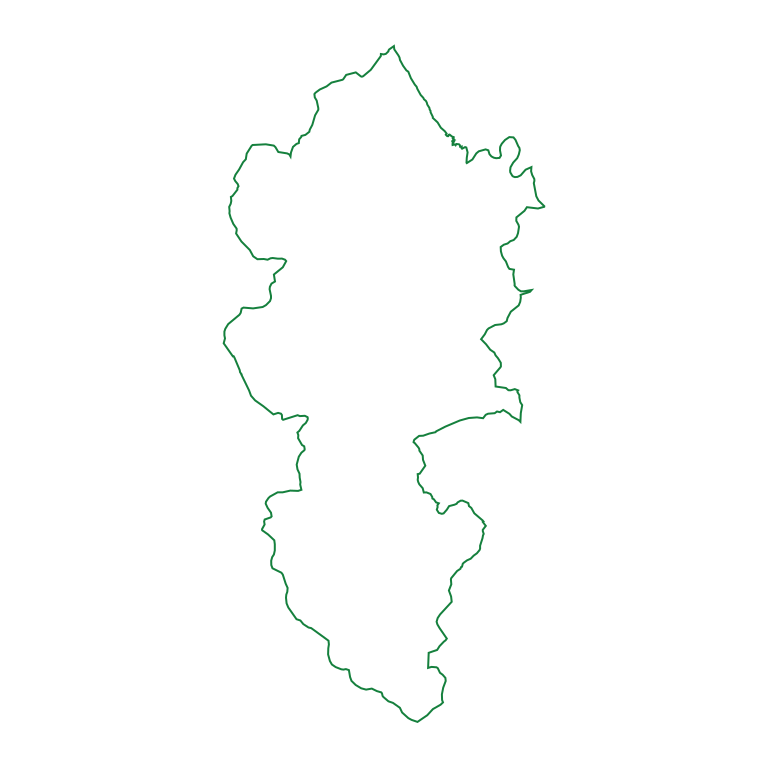 the district of Medias, Sibiu, Romania
{"feature_id": "2599482B70504511793246", "entity_name": "Medias", "entity_type": "district", "adm_level": 2, "iso_a3": "ROU", "parent_name": "Romania", "parent_adm1": "Sibiu", "projection": "mercator", "projection_center": [24.355, 46.136], "detail": "fine", "context": "isolated", "style": "outline", "palette": "green", "viewbox_px": 768, "rotation_deg": 0, "n_neighbors": 0, "source": "geoboundaries", "source_scale": "gbopen_adm2", "svg_char_len": 6091}
<svg xmlns="http://www.w3.org/2000/svg" viewBox="0 0 768 768"><path d="M443.0,702.4L442.1,700.1L441.9,694.4L443.2,687.7L445.7,681.0L445.4,677.9L442.6,674.7L440.0,672.8L437.8,668.2L436.5,667.3L431.5,666.9L428.1,667.9L428.7,652.8L437.2,649.9L439.5,646.2L443.9,641.6L445.6,640.3L446.8,638.6L439.7,628.3L437.4,624.4L436.6,621.7L437.7,618.0L440.1,614.4L451.7,601.8L451.1,596.5L448.9,590.5L451.3,584.3L450.9,579.3L451.2,578.2L457.1,571.0L460.4,568.8L461.0,567.2L462.0,566.7L462.8,563.7L463.8,562.7L467.1,560.3L470.7,558.7L473.7,555.6L476.9,553.3L479.6,550.0L480.1,548.6L480.1,545.7L482.5,538.2L483.0,535.4L483.7,533.9L482.8,531.1L482.8,529.8L485.8,525.9L482.8,522.0L483.5,521.5L482.6,520.4L474.3,513.3L471.3,507.9L469.0,506.1L468.3,503.1L462.5,500.6L460.6,500.7L457.6,502.4L456.6,503.8L454.5,504.7L449.1,506.1L446.9,509.6L443.6,513.4L441.8,513.8L438.8,512.9L436.8,509.7L437.6,507.1L437.4,505.3L438.8,503.3L436.1,502.4L433.9,499.3L432.4,498.5L432.2,496.9L430.5,494.0L426.5,492.4L423.8,492.5L422.7,488.2L419.3,484.3L418.2,481.9L417.7,479.9L418.0,477.5L417.7,474.1L419.7,473.7L425.3,465.7L423.0,459.8L422.7,455.5L419.4,450.7L419.3,449.1L418.5,447.6L414.7,443.0L413.6,442.3L413.7,441.4L414.3,439.7L419.1,435.9L423.2,435.7L429.5,433.5L435.5,432.2L436.2,431.3L445.4,426.6L459.8,420.5L468.8,418.0L477.0,417.4L483.1,418.2L485.7,414.8L488.1,413.7L494.7,413.2L497.0,411.5L500.0,412.2L503.2,409.9L509.4,413.8L511.8,416.5L518.8,420.2L520.4,421.8L520.8,413.1L522.2,405.1L520.3,402.2L519.4,397.6L519.4,395.3L517.4,392.0L517.4,391.3L518.1,390.4L514.8,389.1L510.6,390.3L508.4,390.2L505.9,388.0L495.6,386.5L495.3,379.2L493.7,375.2L500.5,367.2L500.9,366.4L500.8,362.8L497.9,358.1L495.6,355.4L494.3,352.5L490.2,349.7L486.1,344.3L481.1,339.2L484.8,334.3L487.0,330.0L488.6,328.4L495.1,325.0L501.3,324.3L503.7,323.4L506.7,321.2L507.5,318.0L510.8,311.7L518.7,305.4L520.2,301.8L520.8,297.7L520.6,294.8L530.0,291.8L531.6,290.0L523.9,291.3L520.9,291.3L518.3,289.7L514.9,286.1L514.5,285.2L514.7,284.2L513.3,274.4L514.0,269.7L509.4,268.9L508.1,267.0L505.9,261.4L503.5,258.3L502.1,255.7L500.9,251.3L500.7,247.0L503.8,244.7L507.6,243.5L510.3,241.2L513.7,240.0L516.7,236.8L518.0,233.2L519.0,226.8L518.5,224.8L516.3,220.9L516.4,217.4L524.5,210.8L526.9,207.2L538.0,208.5L544.2,206.8L544.3,206.2L538.5,200.5L536.3,196.3L533.8,183.1L534.4,180.9L534.3,179.0L532.2,175.0L531.1,171.3L531.4,167.1L525.6,169.7L520.7,175.3L517.5,176.9L514.9,177.1L513.2,176.5L512.3,175.8L510.3,172.4L510.1,170.7L510.5,167.3L513.2,162.6L517.2,158.2L518.8,154.5L519.8,150.2L519.4,147.9L518.2,146.1L515.5,139.9L513.5,137.4L509.3,137.1L505.0,140.0L501.8,143.7L500.3,146.5L500.1,147.6L500.0,150.5L501.0,155.5L499.5,157.9L496.2,158.2L493.8,157.7L491.4,156.4L489.5,154.2L488.3,150.3L485.6,149.4L478.8,151.3L476.3,153.4L472.4,159.5L466.8,163.1L466.5,162.7L466.8,157.6L467.6,152.4L466.3,147.5L465.1,147.1L462.1,148.7L461.4,147.8L461.7,146.5L460.1,146.7L459.9,145.2L459.0,144.3L456.4,144.0L455.6,145.3L454.7,144.4L452.6,145.0L452.5,143.9L453.7,142.0L452.5,141.9L452.2,141.2L454.4,140.0L453.1,139.2L452.8,138.5L453.7,138.1L453.7,137.1L452.1,136.6L449.6,134.6L448.8,134.8L448.3,136.1L447.2,136.1L445.8,134.7L446.6,133.6L444.8,131.2L440.8,127.7L437.6,122.4L432.8,117.9L432.8,116.8L430.6,112.3L430.5,110.8L429.7,109.6L429.4,107.9L427.3,104.6L426.8,102.6L425.9,100.9L424.0,99.3L423.3,97.8L420.7,95.0L417.3,88.8L416.6,86.7L414.8,84.6L410.9,78.2L408.3,71.7L406.4,70.4L403.1,65.8L400.0,60.0L399.5,57.5L398.4,55.4L394.3,49.4L393.9,46.1L389.1,49.5L388.5,50.5L388.4,51.4L385.8,53.9L383.7,54.4L380.9,54.0L380.8,56.1L370.8,69.8L363.2,76.2L361.9,76.7L360.9,76.4L355.8,72.4L346.2,74.9L343.2,79.3L342.4,79.8L331.5,82.6L326.6,86.4L319.8,89.5L315.5,92.7L314.4,94.1L314.8,97.4L316.7,100.6L318.3,108.1L318.3,109.8L315.1,115.3L312.3,124.9L309.8,129.6L309.3,131.8L305.4,134.9L301.5,135.9L301.2,137.0L299.2,139.3L298.8,143.1L296.5,143.9L293.0,146.9L291.0,152.5L290.5,156.5L289.3,154.4L287.1,153.4L278.3,152.0L275.4,147.1L273.8,145.6L265.8,144.3L252.6,145.0L251.6,145.8L246.7,153.6L245.8,159.3L243.1,162.2L239.1,169.5L235.5,174.7L234.0,178.6L235.3,181.1L237.7,184.0L238.5,186.2L237.4,188.1L237.4,189.7L232.4,196.1L230.9,196.9L231.3,200.9L230.7,203.8L229.2,206.9L229.6,211.1L229.4,213.3L230.6,217.6L233.3,223.9L236.6,228.6L236.7,230.3L236.1,233.5L241.4,241.5L249.8,250.0L253.2,256.3L257.4,259.2L263.8,259.0L267.6,259.7L270.5,258.3L272.7,258.0L278.0,258.7L282.0,258.6L285.0,259.7L286.2,261.1L282.8,267.3L273.9,274.5L275.0,281.5L271.5,283.6L269.9,286.8L269.6,289.2L271.0,295.9L271.0,298.2L270.0,301.1L266.0,305.1L262.7,307.0L253.1,308.4L243.5,307.6L241.6,308.6L240.7,312.8L239.5,314.7L228.2,324.1L225.3,328.8L224.4,331.6L224.4,335.4L225.0,338.4L223.7,343.3L232.9,356.4L233.6,356.2L234.4,357.5L239.7,370.1L240.1,372.3L241.5,374.2L241.3,374.4L249.1,390.5L251.0,395.7L255.1,400.4L263.3,406.2L273.4,414.4L278.1,412.9L281.0,413.7L281.9,415.0L282.1,418.9L283.1,419.8L297.6,415.2L299.9,416.1L304.8,415.8L307.5,417.1L307.8,418.1L307.6,419.8L305.8,423.0L302.9,425.4L299.3,430.9L297.4,432.5L298.3,435.0L298.1,438.2L302.0,445.0L304.2,446.3L304.7,449.2L304.4,450.2L301.4,452.7L298.8,456.7L296.7,464.6L297.5,469.4L299.5,473.7L299.7,477.7L300.5,482.1L300.2,484.6L301.4,489.8L298.1,490.9L290.3,490.6L282.8,492.3L277.7,492.3L270.1,496.5L268.5,498.0L266.0,501.7L265.7,503.7L267.6,507.8L271.0,512.7L271.6,516.4L270.7,517.4L264.7,519.5L264.1,521.5L264.6,524.5L262.0,529.2L262.2,530.3L268.0,534.4L274.3,540.3L274.8,544.2L274.8,550.5L273.9,554.5L272.2,557.1L271.2,560.7L271.3,565.1L272.5,568.3L281.4,572.7L282.8,574.6L285.7,583.7L287.6,587.9L287.3,591.8L286.3,594.6L286.0,597.7L286.6,603.4L288.3,607.5L296.5,619.2L300.4,620.5L303.3,624.1L308.5,627.5L311.2,628.1L328.5,640.7L328.9,644.4L328.3,648.2L328.1,654.4L329.9,661.0L331.9,664.5L335.7,667.1L341.3,669.3L343.4,669.6L345.9,669.1L348.9,670.1L350.1,677.1L351.5,680.9L355.7,685.0L361.2,688.3L366.1,689.6L371.8,688.6L376.9,691.1L381.3,692.4L382.0,693.4L382.6,696.0L383.4,697.0L388.4,701.3L393.0,702.9L399.9,707.8L402.1,712.5L408.3,718.1L411.6,719.9L417.5,721.9L427.3,715.2L432.9,709.1L440.6,704.7L443.0,702.4Z" fill="none" stroke="#15803d" stroke-width="2"/></svg>